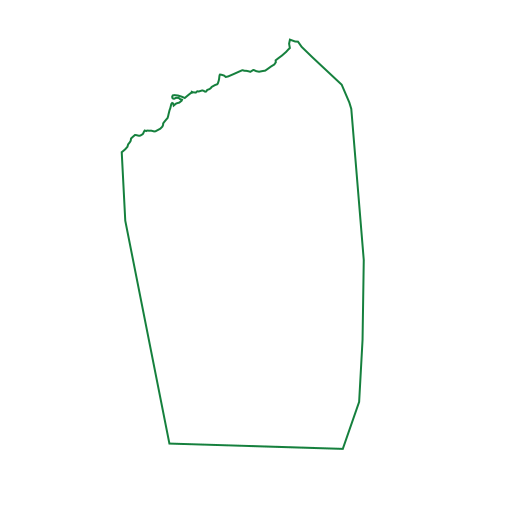 Ras Sidr, Janub Sina', Egypt (Robinson projection), rotated 79°
{"feature_id": "37247803B11741715008069", "entity_name": "Ras Sidr", "entity_type": "district", "adm_level": 2, "iso_a3": "EGY", "parent_name": "Egypt", "parent_adm1": "Janub Sina'", "projection": "robinson", "projection_center": [32.786, 29.599], "detail": "fine", "context": "isolated", "style": "outline", "palette": "green", "viewbox_px": 512, "rotation_deg": 79, "n_neighbors": 0, "source": "geoboundaries", "source_scale": "gbopen_adm2", "svg_char_len": 1751}
<svg xmlns="http://www.w3.org/2000/svg" viewBox="0 0 512 512"><g transform="rotate(79 256 256)"><path d="M423.6,376.8L461.9,207.6L418.9,182.6L358.6,167.4L280.6,151.0L129.8,134.4L123.1,135.1L104.2,139.2L71.6,162.8L59.4,171.3L53.6,173.9L52.9,176.7L50.1,181.4L53.9,183.0L58.3,183.1L58.7,183.7L59.0,184.1L59.1,184.4L61.1,187.1L61.4,187.5L64.2,192.3L66.1,196.3L67.7,199.4L69.6,199.6L71.5,201.5L72.8,205.0L74.7,209.1L75.8,211.6L75.7,214.3L75.7,217.8L74.6,220.5L73.1,222.6L72.9,223.2L74.1,226.4L73.2,228.2L72.4,230.1L71.9,232.2L71.1,233.6L71.1,234.4L71.7,237.1L73.2,243.5L74.4,249.0L74.5,251.5L72.8,252.9L71.6,255.1L71.0,256.7L71.5,257.2L72.8,257.7L75.0,258.4L76.7,259.1L79.1,260.4L80.0,261.2L80.4,263.7L81.6,267.3L82.6,268.4L83.3,269.9L83.7,272.2L84.8,273.3L85.1,273.9L84.8,274.9L83.9,275.8L83.2,277.2L83.6,280.8L83.1,282.2L83.5,282.9L84.1,283.9L83.3,286.6L82.6,287.7L83.5,288.0L83.4,288.5L84.9,291.4L87.3,295.8L85.5,298.4L83.6,301.9L82.5,305.4L82.5,307.1L83.7,307.9L84.9,307.9L85.8,307.2L86.0,306.0L85.5,304.6L85.7,303.2L86.0,301.8L87.5,300.6L88.2,299.3L88.5,298.8L89.4,299.4L90.8,302.1L90.9,303.9L91.1,305.3L92.6,308.1L91.9,308.1L91.2,308.1L90.6,308.2L90.3,308.4L89.8,309.1L90.5,310.0L91.6,310.6L92.1,310.8L94.7,312.0L96.3,313.0L99.5,314.5L102.0,315.6L103.7,316.5L105.0,318.2L106.9,320.5L108.1,321.8L109.6,322.2L111.1,323.2L112.8,325.7L114.4,330.9L114.3,332.2L113.7,333.4L113.0,334.9L112.7,336.6L112.1,339.0L112.4,339.9L111.6,341.3L112.5,342.2L114.1,343.3L114.8,344.0L115.7,346.5L115.7,347.8L115.1,349.2L114.6,350.2L114.1,351.7L115.6,354.3L116.8,356.2L118.1,356.7L119.1,357.1L120.3,358.2L122.0,360.2L123.3,360.9L124.2,361.3L126.2,363.9L127.3,365.8L127.9,366.9L128.5,368.0L196.4,377.6L423.6,376.8Z" fill="none" stroke="#15803d" stroke-width="2"/></g></svg>